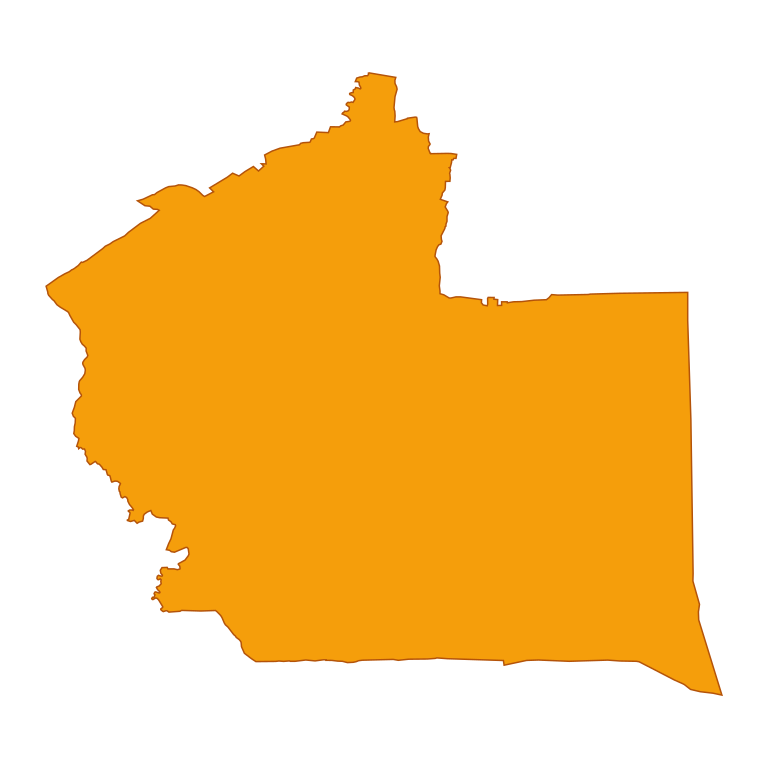 outline of Orlesti, Vâlcea, Romania
{"feature_id": "2599482B88364464884635", "entity_name": "Orlesti", "entity_type": "district", "adm_level": 2, "iso_a3": "ROU", "parent_name": "Romania", "parent_adm1": "Vâlcea", "projection": "equal_earth", "projection_center": [24.217, 44.795], "detail": "fine", "context": "isolated", "style": "filled", "palette": "amber", "viewbox_px": 768, "rotation_deg": 0, "n_neighbors": 0, "source": "geoboundaries", "source_scale": "gbopen_adm2", "svg_char_len": 6019}
<svg xmlns="http://www.w3.org/2000/svg" viewBox="0 0 768 768"><path d="M721.9,695.1L698.7,619.9L698.4,611.9L699.5,604.4L692.9,581.1L693.1,573.5L690.9,420.2L687.7,320.5L687.7,292.4L619.5,293.3L590.3,294.1L588.2,294.5L557.9,295.1L551.6,294.6L549.0,297.7L546.4,299.7L534.2,300.2L521.7,301.6L513.5,301.8L507.3,302.8L507.2,301.8L501.6,301.8L501.6,305.4L497.5,305.5L497.7,299.6L493.9,299.2L494.1,297.5L488.2,297.4L487.6,298.4L487.7,304.2L487.2,305.8L483.2,305.0L481.4,302.8L481.6,299.7L460.7,296.9L455.9,296.9L451.0,298.0L449.2,298.0L443.8,294.8L440.0,293.7L440.0,291.0L439.3,285.8L440.2,277.3L439.7,273.3L439.5,266.0L438.1,261.2L436.8,258.9L435.0,256.6L435.1,255.1L436.1,249.9L437.5,246.7L438.9,244.8L440.9,244.1L442.0,241.3L441.4,239.4L441.1,235.8L444.8,228.6L445.2,226.6L445.9,226.2L446.0,224.0L447.0,221.3L447.0,216.6L448.2,212.7L447.9,211.4L445.2,207.0L446.4,203.7L447.8,201.9L440.3,199.3L442.1,195.1L442.3,193.1L444.9,190.0L445.3,187.6L445.5,181.4L449.9,181.3L450.2,177.9L449.9,174.4L449.6,173.3L450.6,170.3L450.3,169.2L449.3,167.7L450.2,167.6L451.5,162.7L451.8,159.8L453.0,159.9L453.7,158.4L456.0,158.4L456.7,154.4L451.0,153.5L447.3,153.4L430.6,153.7L430.5,153.2L430.1,153.2L428.2,148.4L428.4,146.5L429.9,144.6L430.1,144.0L428.6,141.1L428.3,137.0L429.1,133.7L427.5,133.9L423.5,133.3L420.2,131.6L418.5,128.8L417.7,126.6L416.9,118.2L416.6,117.3L415.2,117.1L407.5,118.2L407.5,118.6L397.6,121.6L394.7,121.9L395.1,115.9L394.8,111.2L394.3,109.8L394.0,107.5L395.0,96.7L397.1,89.2L396.6,86.8L395.0,83.4L394.9,80.3L395.8,77.4L369.2,72.9L368.4,73.1L368.5,74.5L367.5,75.7L364.6,75.8L362.3,76.8L360.1,77.0L356.7,78.1L355.3,81.6L357.8,81.7L359.0,82.2L359.4,85.1L360.7,87.3L360.8,88.4L360.5,88.8L359.8,88.8L358.5,88.1L355.7,87.5L355.2,88.9L353.3,90.0L353.2,92.5L351.4,92.7L349.7,93.4L349.6,93.9L349.9,94.6L352.4,95.7L354.2,97.3L354.9,98.6L354.9,99.5L353.0,102.4L351.7,102.0L349.3,102.6L348.1,102.3L346.7,103.4L346.2,104.2L346.3,104.9L349.3,107.1L349.2,109.5L348.2,110.8L346.6,111.4L344.5,111.2L343.9,112.2L342.7,112.9L342.1,113.9L346.6,115.9L348.0,116.9L350.3,119.7L350.5,120.2L350.3,120.9L349.2,121.4L345.8,121.9L343.2,125.0L340.6,125.9L339.5,126.9L330.5,126.8L328.4,132.6L316.8,132.1L314.3,138.0L313.5,138.6L311.4,139.0L310.3,141.7L309.7,142.3L303.2,142.7L300.5,143.4L299.8,144.5L299.3,144.8L280.0,148.2L272.0,151.1L264.6,155.0L265.6,158.9L266.1,163.9L261.4,163.8L263.8,166.2L258.5,171.0L253.4,166.5L245.1,171.5L239.0,176.0L232.6,173.2L227.3,177.2L209.6,187.9L213.6,191.8L204.6,196.5L202.8,195.4L198.9,191.6L195.9,189.5L192.3,187.8L185.8,185.6L181.8,185.0L178.5,184.9L175.1,186.0L168.7,186.6L165.5,187.9L157.1,192.5L154.5,194.6L152.4,194.8L143.1,199.2L137.5,200.8L144.9,205.7L149.9,206.2L153.3,209.1L157.6,209.4L159.2,210.3L150.3,218.3L140.5,223.3L128.5,232.3L124.7,235.9L113.2,241.6L109.8,244.0L105.3,246.2L102.7,248.6L87.0,260.3L82.6,262.4L81.3,262.1L78.2,265.6L73.4,269.1L71.6,269.9L69.3,271.7L64.8,273.8L58.3,277.5L46.1,286.2L47.8,292.2L47.9,293.6L48.6,295.2L52.5,299.6L53.9,300.6L56.9,304.7L60.3,307.2L67.6,311.6L68.6,312.6L69.9,315.5L73.7,322.2L76.2,324.7L80.1,329.7L80.3,332.1L79.9,339.2L80.8,341.7L82.3,344.2L84.5,346.1L86.2,348.2L86.1,351.0L87.8,355.4L87.2,357.0L84.6,359.5L82.9,362.2L82.7,363.3L83.0,364.6L85.1,368.5L85.3,370.4L84.8,373.7L82.7,377.2L79.7,380.7L79.3,381.5L78.8,384.1L78.7,389.5L80.0,392.9L81.3,394.7L81.4,396.0L75.8,401.6L74.4,407.2L72.2,413.2L73.4,416.3L75.4,418.3L75.2,423.0L74.4,426.7L74.3,430.5L73.8,433.6L75.7,436.3L78.9,438.4L78.4,441.1L76.7,446.3L78.4,447.1L78.7,448.7L80.1,447.5L81.2,447.7L82.6,449.1L84.5,449.0L85.5,451.4L85.1,454.2L86.9,457.2L87.2,458.5L87.0,461.0L89.9,464.6L90.9,464.3L95.2,461.4L95.7,461.7L97.5,463.8L99.3,464.2L99.9,464.8L102.1,467.4L103.3,469.5L106.0,469.7L107.4,474.6L107.8,475.1L109.7,475.6L110.1,476.4L111.3,481.2L111.9,482.1L114.8,481.1L116.7,481.2L117.7,481.4L120.4,483.4L120.4,483.8L119.1,486.5L118.8,489.0L119.2,490.1L119.1,490.9L119.9,491.9L120.2,493.9L121.2,497.1L122.5,497.9L124.9,496.6L126.6,497.5L127.7,499.4L127.9,501.3L129.5,504.5L132.2,507.7L133.5,509.7L133.1,510.4L132.0,510.0L129.8,510.0L128.3,510.8L128.4,511.4L129.6,512.1L130.1,513.0L128.7,519.3L127.3,520.1L127.4,520.5L130.5,521.5L134.3,520.4L137.1,523.3L139.0,522.1L142.6,521.1L143.3,518.6L143.4,515.9L144.3,514.2L147.3,512.0L150.8,510.5L152.3,514.1L156.3,517.0L159.6,517.7L168.0,518.1L168.5,520.0L170.9,521.7L172.3,523.9L175.3,524.7L175.6,525.8L174.7,528.0L173.3,530.0L171.0,538.7L168.7,543.5L166.3,549.7L169.6,550.3L171.3,551.7L174.5,552.2L185.6,547.5L187.0,547.4L188.2,548.6L189.0,554.0L188.3,555.7L185.0,560.1L178.4,563.7L178.3,564.4L179.7,566.0L180.1,568.4L179.9,569.0L177.4,569.7L174.1,568.9L167.9,568.9L167.2,567.4L162.0,567.6L160.3,570.3L160.8,573.1L162.4,575.1L162.3,575.9L161.1,576.2L158.5,575.3L157.3,576.3L156.9,578.3L157.4,579.2L158.0,579.7L158.6,579.7L160.2,578.9L161.1,579.7L160.8,581.8L161.2,583.3L160.9,584.1L159.1,586.0L156.8,586.9L156.4,587.5L157.6,589.6L159.7,591.7L159.9,592.6L159.1,593.0L155.7,591.9L154.9,592.1L154.1,593.5L154.1,593.9L155.0,594.8L154.3,596.6L153.9,597.3L152.5,597.3L151.7,598.5L152.1,599.3L152.9,599.6L155.8,597.9L157.1,598.4L158.5,599.7L162.7,606.6L162.6,607.5L160.8,608.9L160.8,609.6L161.2,610.1L162.7,611.3L163.3,611.6L166.1,610.7L167.2,610.9L168.9,612.1L179.9,611.3L181.6,610.4L200.9,611.0L215.5,610.5L217.0,611.7L220.7,615.5L222.1,617.8L224.3,623.0L225.4,624.8L227.9,627.0L233.7,634.6L235.3,635.9L236.3,637.5L239.2,639.6L240.3,640.9L241.1,642.3L241.5,646.7L244.4,653.3L251.6,658.8L255.9,661.6L275.8,661.4L278.9,661.0L283.6,661.4L289.5,660.9L290.2,661.3L295.1,661.3L305.8,660.0L315.1,660.9L323.4,659.8L326.1,659.8L326.0,660.3L331.9,660.4L337.6,661.1L342.5,661.3L347.4,662.6L353.2,662.3L356.1,661.7L358.6,660.7L362.4,660.2L393.2,659.4L398.3,660.3L408.7,659.2L427.3,659.0L435.3,658.4L436.8,657.9L447.5,658.7L503.4,660.5L504.1,665.2L526.7,660.4L538.5,660.0L569.2,661.3L607.7,660.1L620.3,661.0L636.5,661.3L639.2,661.8L674.4,680.0L682.7,683.7L684.4,684.6L690.5,689.4L700.2,691.7L713.0,693.2L721.9,695.1Z" fill="#f59e0b" stroke="#b45309" stroke-width="1.5"/></svg>